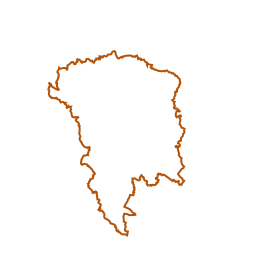 Zimapán, Hidalgo, Mexico, rotated 146°
{"feature_id": "50627088B91446293521910", "entity_name": "Zimapán", "entity_type": "district", "adm_level": 2, "iso_a3": "MEX", "parent_name": "Mexico", "parent_adm1": "Hidalgo", "projection": "robinson", "projection_center": [-99.362, 20.762], "detail": "fine", "context": "isolated", "style": "outline", "palette": "amber", "viewbox_px": 256, "rotation_deg": 146, "n_neighbors": 0, "source": "geoboundaries", "source_scale": "gbopen_adm2", "svg_char_len": 5843}
<svg xmlns="http://www.w3.org/2000/svg" viewBox="0 0 256 256"><g transform="rotate(146 128 128)"><path d="M167.4,157.2L167.2,156.6L167.9,156.0L168.2,154.9L170.2,152.0L171.5,150.8L172.3,147.5L173.7,146.6L174.4,145.7L174.7,144.0L174.5,142.7L174.9,141.8L174.6,141.2L175.0,140.0L174.7,137.0L173.2,134.8L172.7,134.7L172.8,134.3L170.7,133.8L170.7,133.4L171.3,132.5L171.8,132.5L171.6,132.0L172.3,131.1L173.4,131.1L174.5,129.7L175.6,129.4L176.3,127.8L177.2,128.6L178.9,129.0L179.5,129.7L180.6,129.8L184.7,127.5L185.0,126.8L186.4,125.6L187.0,124.1L186.4,123.0L185.8,123.3L183.7,122.4L182.9,121.0L182.2,120.4L182.6,119.1L182.2,118.9L182.2,118.1L181.6,117.9L181.7,117.2L181.0,113.6L181.3,111.2L180.9,110.4L181.0,108.6L182.7,108.2L182.3,108.5L182.8,108.7L183.8,107.7L182.9,107.2L184.0,107.6L184.6,106.3L185.4,105.9L188.0,106.6L188.4,105.7L190.2,105.4L191.0,104.2L192.3,104.2L192.3,103.6L193.1,102.6L192.9,102.1L193.4,102.1L193.8,101.1L192.9,96.7L193.0,95.2L193.6,94.0L191.9,93.1L191.4,93.3L191.6,93.9L190.6,93.6L190.0,93.0L190.0,92.2L190.5,92.4L190.6,91.1L193.3,85.9L192.1,84.9L192.0,84.1L194.3,82.7L193.4,79.8L194.9,78.2L195.5,78.3L196.0,78.0L196.1,76.7L196.9,77.1L198.2,76.8L197.9,75.5L195.6,73.6L195.8,72.9L195.4,71.7L195.9,69.3L197.0,68.3L197.7,66.8L197.4,65.5L196.5,64.3L195.6,62.0L195.4,60.4L195.8,58.7L193.4,55.7L193.0,54.0L194.0,53.3L193.4,52.0L194.3,50.6L194.3,49.9L194.9,49.5L194.6,48.1L194.1,47.7L193.5,47.9L193.7,46.4L192.9,45.6L192.8,44.1L192.1,42.9L189.6,41.2L188.8,39.5L186.0,42.3L187.2,43.4L187.8,44.7L186.7,46.2L184.9,47.7L184.4,49.5L182.7,50.7L183.8,52.7L181.8,56.0L181.7,56.7L179.4,58.9L178.6,58.8L178.0,57.9L176.9,57.3L175.7,55.0L170.5,51.9L170.1,52.8L171.3,55.2L172.0,59.9L175.1,64.7L172.3,66.4L169.7,67.3L168.0,68.7L165.6,69.7L163.8,71.4L161.2,69.3L160.8,69.3L160.0,70.2L160.0,71.4L158.7,71.4L158.8,72.6L156.9,73.2L156.9,74.5L156.6,75.2L156.0,75.1L156.1,75.7L154.9,78.0L155.0,79.4L154.4,79.9L154.8,80.5L153.7,81.3L153.8,81.9L152.9,82.6L152.5,83.6L150.5,82.4L149.4,79.8L148.4,78.5L147.5,78.8L146.8,78.5L146.3,79.8L145.1,80.7L144.0,80.7L143.8,81.2L143.3,81.3L143.4,79.2L142.8,79.0L142.6,77.8L143.3,77.2L143.5,75.2L142.0,73.4L142.2,72.8L143.7,71.4L143.7,69.2L142.8,69.0L142.0,68.0L141.1,68.2L140.5,67.7L140.5,67.0L139.4,67.2L137.6,65.6L135.7,65.7L135.3,66.1L134.1,66.3L134.5,66.7L133.0,66.9L131.7,67.7L132.1,68.8L133.2,69.7L133.0,70.9L131.1,70.7L129.0,73.1L128.2,73.1L128.2,72.3L126.9,71.8L127.2,71.3L125.9,70.4L126.1,69.7L124.2,69.1L120.6,59.0L119.5,59.7L118.7,58.6L118.7,56.8L118.0,56.8L118.0,56.3L116.6,55.7L115.7,55.8L115.7,55.3L116.6,54.8L116.9,54.2L117.2,52.8L116.9,52.0L116.3,52.1L115.5,51.0L113.8,52.0L112.2,52.3L111.0,52.9L111.9,54.2L111.2,55.9L112.1,58.1L112.3,61.7L112.0,62.1L106.7,63.9L104.3,63.9L103.6,64.8L103.1,64.7L103.5,66.8L103.2,68.7L102.2,71.2L100.4,73.1L101.1,74.6L100.9,77.5L100.0,78.0L98.6,82.5L97.8,83.6L97.9,84.3L99.0,85.4L98.8,86.1L97.9,86.2L96.4,83.9L95.5,83.8L94.4,85.0L94.5,86.7L95.0,87.5L94.6,88.0L93.5,88.5L91.0,87.9L90.6,89.2L89.5,90.0L87.0,90.8L85.5,92.4L84.2,92.5L83.3,93.3L83.0,94.5L81.6,95.6L82.2,97.0L83.4,98.4L82.9,100.5L83.1,102.4L79.9,105.5L79.6,107.5L79.0,108.0L77.7,108.0L77.3,108.6L78.2,109.5L81.5,109.6L81.7,110.9L80.6,112.9L78.3,114.8L77.6,114.5L76.2,112.9L75.7,113.0L76.4,116.5L77.1,117.4L78.3,117.7L78.7,118.7L78.4,119.5L76.8,120.0L76.3,122.6L74.6,123.6L75.5,124.8L75.7,126.4L73.3,126.4L72.3,127.8L69.9,129.1L69.6,130.5L68.5,131.6L68.0,131.5L67.6,130.7L67.0,130.8L65.8,132.7L62.2,133.9L61.5,135.2L60.1,135.4L59.3,136.2L59.3,137.3L58.8,137.5L57.8,139.6L58.4,142.0L58.3,143.7L59.6,144.8L59.1,145.8L59.9,147.0L59.8,148.2L61.3,149.0L61.5,150.3L63.0,151.4L63.5,154.0L65.1,154.5L65.9,154.4L66.7,155.5L68.1,156.0L70.9,158.4L72.4,160.9L73.4,161.5L73.8,162.3L73.7,163.1L75.0,163.8L75.2,164.4L74.7,164.9L75.2,165.6L73.6,166.1L72.8,166.7L75.7,169.7L76.5,169.7L77.0,169.2L76.7,170.3L75.6,170.7L75.6,171.8L76.4,172.4L76.7,173.2L76.5,175.7L79.2,177.1L78.6,178.1L79.0,178.9L81.1,179.3L81.1,179.9L80.2,180.6L80.4,181.4L80.0,183.0L81.2,183.3L82.2,182.9L83.1,184.1L84.3,184.4L84.6,185.8L85.2,186.6L89.9,189.4L91.2,189.4L92.3,190.3L93.4,189.6L93.9,190.6L94.3,190.8L96.5,190.7L97.2,191.1L97.5,192.3L97.0,195.8L95.9,198.5L96.3,199.4L97.5,199.8L98.8,199.7L100.4,198.7L101.2,198.7L103.6,200.1L105.4,199.3L106.2,199.7L107.5,201.3L109.3,200.7L109.6,201.8L111.2,203.0L111.1,201.5L112.6,202.3L113.0,200.7L113.8,201.0L113.7,202.1L115.5,203.3L115.9,202.6L116.6,202.3L117.2,202.6L119.8,201.2L120.5,202.5L120.1,203.8L121.6,204.6L121.6,205.7L122.4,207.6L124.1,208.3L125.5,206.9L127.3,207.1L128.5,208.3L129.6,207.8L129.9,209.0L129.6,210.6L130.8,212.6L131.6,213.3L132.3,213.0L132.5,211.4L132.8,211.2L134.9,211.4L135.4,210.5L136.0,210.4L136.7,210.8L136.9,212.1L136.6,213.2L137.3,213.9L137.9,214.2L140.8,213.6L142.5,213.8L143.3,213.6L143.8,212.4L144.8,212.1L145.3,210.7L145.9,210.5L146.6,212.9L147.9,213.9L151.1,215.0L151.4,216.5L152.4,215.4L154.9,214.3L155.3,213.8L155.1,211.8L156.0,210.7L156.2,209.8L157.1,209.4L157.5,208.7L158.2,208.5L159.2,207.4L161.1,206.8L161.9,205.9L161.4,205.9L161.5,205.2L163.7,202.1L163.9,198.6L164.9,198.8L166.6,201.9L166.8,202.9L167.4,203.5L167.8,205.1L167.4,207.4L168.2,210.0L168.6,207.6L170.0,205.8L170.8,206.0L172.2,204.7L172.5,204.4L172.2,203.8L172.6,202.5L173.6,201.8L174.8,200.0L175.1,198.2L174.7,197.6L175.0,197.3L174.9,196.5L174.3,196.0L174.3,195.2L173.0,194.7L172.1,193.4L170.5,193.3L170.3,192.9L170.7,192.2L169.8,190.4L169.1,189.9L169.0,189.2L169.5,187.5L169.4,186.7L167.4,186.1L166.5,184.4L165.7,183.8L167.0,183.5L166.8,182.7L166.3,182.1L166.2,180.0L167.4,179.4L167.5,179.0L167.1,178.7L165.0,179.4L165.1,178.4L163.5,177.6L164.2,177.3L164.7,175.3L166.4,174.3L166.4,172.2L167.5,170.1L167.9,168.1L166.9,167.0L165.2,166.4L165.0,165.7L162.5,164.8L166.4,164.2L166.9,163.7L167.1,163.3L166.1,159.5L167.1,157.9L167.0,157.1L167.4,157.2Z" fill="none" stroke="#b45309" stroke-width="2"/></g></svg>